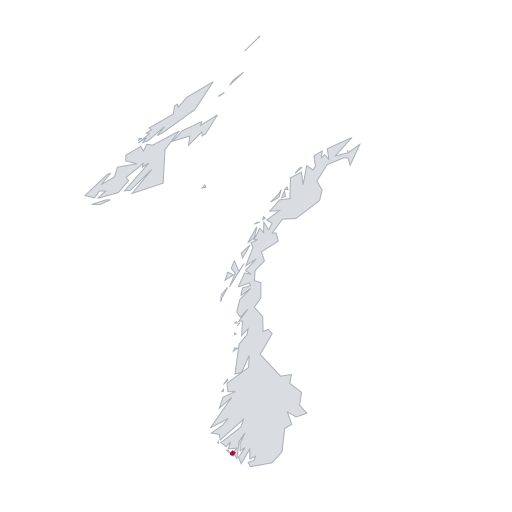 Austevoll nor, Norway (highlighted), rotated 319°
{"feature_id": "86288312B29393912466053", "entity_name": "Austevoll nor", "entity_type": "district", "adm_level": 2, "iso_a3": "NOR", "parent_name": "Norway", "parent_adm1": "", "projection": "natural_earth1", "projection_center": [5.173, 60.063], "detail": "fine", "context": "in_parent", "style": "filled", "palette": "rose", "viewbox_px": 512, "rotation_deg": 319, "n_neighbors": 0, "source": "geoboundaries", "source_scale": "gbopen_adm2", "svg_char_len": 6239}
<svg xmlns="http://www.w3.org/2000/svg" viewBox="0 0 512 512"><g transform="rotate(319 256 256)"><path d="M300.1,245.5L283.3,249.3L286.3,251.9L282.6,259.4L262.8,256.4L259.1,265.3L245.8,266.4L238.6,273.6L242.3,279.2L232.2,290.8L221.2,293.5L221.2,306.3L211.8,317.6L217.1,319.4L217.3,325.2L194.6,333.0L195.7,362.8L205.0,368.7L197.9,374.3L200.9,388.8L191.1,397.1L191.1,408.0L180.7,403.8L177.4,394.3L172.5,406.6L164.6,404.9L147.2,420.8L132.5,422.7L113.5,411.2L114.7,406.6L120.8,408.9L124.2,406.8L118.2,405.2L124.6,397.6L108.6,403.1L110.8,396.3L122.2,393.5L116.1,392.7L121.2,386.7L131.9,382.3L121.4,384.9L108.8,396.4L109.5,389.1L115.6,388.5L108.6,383.3L115.0,379.4L108.4,380.3L107.0,373.8L132.4,375.1L139.4,371.0L108.3,371.4L111.2,366.6L106.1,360.3L119.5,361.8L128.4,360.4L108.7,355.8L145.0,346.7L128.3,346.9L138.5,340.9L151.5,344.9L145.7,339.9L150.7,333.0L177.4,335.2L185.6,326.6L168.8,334.4L162.7,331.3L185.4,311.4L197.6,309.5L202.3,305.7L192.9,306.7L203.2,296.2L200.1,293.9L214.9,290.9L204.0,291.9L204.8,285.6L215.0,278.3L230.5,277.0L218.8,275.9L224.7,271.3L232.4,274.7L233.4,272.1L222.5,267.7L236.3,261.3L240.3,266.6L238.5,260.0L254.2,258.3L241.9,256.7L259.6,247.3L261.0,242.6L268.2,244.9L265.1,242.3L277.1,237.6L277.1,243.3L284.2,235.5L282.7,244.5L289.7,241.8L287.7,235.9L303.5,237.1L295.7,231.2L310.7,229.1L319.2,234.9L333.3,219.7L345.4,222.5L338.4,233.0L353.5,221.1L355.5,228.5L359.9,227.0L365.5,218.4L374.9,220.2L370.0,224.6L374.3,224.7L374.4,230.9L380.2,221.8L406.1,229.5L381.5,232.5L393.1,238.5L407.6,239.9L386.5,249.3L389.6,242.5L386.9,239.6L369.8,233.7L351.2,239.3L349.0,249.8L340.4,255.8L310.6,253.9L300.1,245.5ZM223.9,94.6L240.9,97.7L239.8,102.9L247.1,100.2L250.6,104.5L280.1,111.3L257.1,116.0L233.7,140.1L203.5,127.5L234.2,122.3L204.2,124.0L199.6,120.6L236.1,115.5L228.3,114.4L231.6,112.3L209.5,111.5L209.3,115.5L193.7,117.8L174.2,108.5L185.1,108.5L180.4,104.1L172.4,106.2L166.5,98.2L197.7,96.9L200.2,98.2L186.1,100.6L201.0,103.5L209.6,98.1L226.6,108.2L220.1,98.8L223.9,94.6ZM259.3,89.3L286.6,94.6L293.1,89.3L296.3,89.9L294.9,92.8L307.8,90.8L338.0,96.4L306.0,105.4L265.3,101.6L260.4,100.3L271.7,98.3L250.2,98.2L245.0,96.1L251.0,94.7L241.1,93.4L255.9,93.7L253.8,91.1L260.0,92.3L259.3,89.3ZM282.7,113.1L303.2,119.0L300.0,121.1L319.6,124.2L298.2,130.7L294.1,130.1L296.4,126.9L277.8,128.2L284.6,122.0L268.4,114.7L282.7,113.1ZM233.0,256.3L242.1,253.9L215.8,261.9L228.9,255.5L229.3,249.0L236.5,245.5L233.0,256.3ZM246.6,244.2L259.0,243.7L244.7,248.6L246.6,244.2ZM258.5,240.6L275.8,234.4L267.0,241.0L258.5,240.6ZM165.8,109.2L179.5,115.2L182.8,117.9L172.0,114.9L165.8,109.2ZM224.1,249.6L226.7,255.5L216.7,254.0L224.1,249.6ZM318.5,222.5L312.1,226.6L302.3,224.9L313.3,224.1L318.5,222.5ZM320.2,225.5L317.6,230.2L313.4,228.9L320.2,225.5ZM204.6,262.4L214.1,261.1L203.9,264.9L204.6,262.4ZM402.9,92.7L381.8,93.8L403.6,92.5L402.9,92.7ZM354.5,108.3L367.2,109.1L348.3,109.8L354.5,108.3ZM339.6,219.3L346.6,218.2L349.1,219.2L339.6,219.3ZM324.7,224.2L323.6,226.8L321.4,224.6L324.7,224.2ZM287.6,231.2L287.7,233.8L284.9,232.9L287.6,231.2ZM264.0,168.8L263.3,171.2L259.8,169.3L264.0,168.8ZM339.5,111.8L333.6,111.5L332.9,110.7L339.5,111.8ZM179.7,311.4L181.7,313.6L176.4,313.0L179.7,311.4ZM275.4,230.7L279.0,231.6L281.3,233.1L275.4,230.7ZM244.6,90.7L247.2,92.1L243.4,91.6L244.6,90.7ZM153.2,331.3L147.1,331.6L153.5,330.3L153.2,331.3ZM144.6,335.0L142.3,336.9L141.3,335.9L144.6,335.0ZM202.4,265.5L199.3,267.5L202.6,264.0L202.4,265.5ZM107.6,384.2L106.9,387.3L106.4,383.3L107.6,384.2ZM197.7,294.4L196.2,292.6L198.1,292.7L197.7,294.4ZM394.3,236.1L393.8,238.1L393.5,237.8L394.3,236.1ZM199.5,296.0L196.0,296.4L200.2,295.6L199.5,296.0ZM189.5,300.0L189.9,301.8L188.3,301.2L189.5,300.0ZM105.9,371.2L104.4,373.1L104.8,371.5L105.9,371.2Z" fill="#d9dde1" stroke="#a8b0b8" stroke-width="1"/><path d="M109.6,388.5L109.4,388.5L109.5,388.6L109.4,388.7L109.6,388.8L109.6,389.0L109.8,389.1L109.7,389.1L109.8,389.1L109.6,389.1L109.8,389.2L109.7,389.2L109.8,389.3L110.0,389.4L109.9,389.4L109.8,389.5L110.0,389.5L109.9,389.7L110.0,389.7L110.0,389.8L109.9,389.7L109.9,389.8L109.7,389.8L109.8,389.9L109.7,389.9L109.8,389.8L109.7,389.7L109.6,389.4L109.4,389.2L109.4,389.3L109.5,389.3L109.4,389.3L109.3,389.5L109.2,389.7L109.4,389.6L109.4,389.4L109.5,389.5L109.4,389.7L109.2,389.7L109.2,389.9L109.3,389.9L109.5,389.9L109.5,390.0L109.4,390.0L109.5,390.0L109.4,390.2L109.5,390.3L109.9,390.4L110.0,390.4L109.9,390.3L110.1,390.4L110.3,390.4L110.1,390.4L110.1,390.5L110.3,390.6L110.2,390.6L110.3,390.6L110.2,390.5L110.3,390.5L110.5,390.4L110.4,390.3L110.4,390.2L110.6,390.2L110.7,389.9L110.8,389.7L110.7,389.6L110.7,389.4L110.4,389.2L110.4,389.3L110.4,389.2L110.2,389.1L110.3,389.2L110.3,389.3L110.2,389.3L110.3,389.5L110.2,389.5L110.2,389.4L110.1,389.5L110.0,389.4L110.1,389.5L110.1,389.4L110.2,389.2L110.0,388.9L109.9,388.7L109.7,388.7L109.8,388.6L109.6,388.5ZM109.4,390.3L109.2,390.3L109.3,390.3L109.2,390.3L109.3,390.4L109.0,390.3L108.9,390.4L108.6,390.4L108.6,390.5L108.4,390.5L108.2,390.6L108.3,390.8L108.5,391.0L108.9,391.0L108.9,390.9L109.0,391.0L109.1,390.9L109.2,391.0L109.4,390.9L109.5,390.9L109.7,390.7L109.5,390.4L109.4,390.3ZM108.8,388.1L108.6,388.1L108.8,388.1L108.6,388.2L108.6,388.3L108.6,388.2L108.3,388.2L108.4,388.3L108.5,388.4L108.5,388.5L108.6,388.8L108.7,389.0L108.6,388.9L108.6,389.0L108.8,388.9L108.7,389.0L108.8,389.0L108.9,388.9L108.9,389.0L109.0,389.1L109.1,388.9L109.1,388.7L108.8,388.7L109.0,388.6L108.9,388.6L109.0,388.5L108.8,388.4L108.7,388.4L108.8,388.4L108.7,388.3L108.8,388.4L109.0,388.3L108.8,388.2L108.8,388.1ZM107.3,390.2L107.3,390.3L107.5,390.3L107.9,390.4L107.7,390.5L107.8,390.8L107.8,390.7L107.9,390.8L108.1,390.8L108.0,390.7L108.0,390.8L108.1,390.7L108.2,390.4L107.8,390.3L107.3,390.2ZM107.9,388.2L107.4,388.4L107.5,388.5L107.4,388.6L107.6,388.6L107.8,388.6L107.6,388.6L107.8,388.5L108.0,388.5L108.1,388.4L108.1,388.2L107.9,388.2ZM108.2,388.9L108.1,389.0L108.3,389.0L108.2,389.1L108.3,389.1L108.2,389.1L108.3,389.2L108.2,388.9L108.2,389.0L108.2,388.9ZM108.2,389.5L108.0,389.3L107.9,389.4L108.1,389.5L108.2,389.5ZM109.6,388.0L109.4,388.0L109.5,388.0L109.4,388.1L109.5,388.1L109.6,388.3L109.6,388.2L109.6,388.0ZM109.4,389.2L109.3,389.3L109.2,389.4L109.2,389.5L109.3,389.4L109.4,389.2Z" fill="#f43f5e" stroke="#9f1239" stroke-width="1.5"/></g></svg>